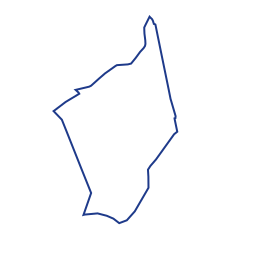 outline of Bwari, Federal Capital Territory, Nigeria, rotated 137°
{"feature_id": "59680162B85175001165051", "entity_name": "Bwari", "entity_type": "district", "adm_level": 2, "iso_a3": "NGA", "parent_name": "Nigeria", "parent_adm1": "Federal Capital Territory", "projection": "natural_earth1", "projection_center": [7.401, 9.25], "detail": "fine", "context": "isolated", "style": "outline", "palette": "blue", "viewbox_px": 256, "rotation_deg": 137, "n_neighbors": 0, "source": "geoboundaries", "source_scale": "gbopen_adm2", "svg_char_len": 983}
<svg xmlns="http://www.w3.org/2000/svg" viewBox="0 0 256 256"><g transform="rotate(137 128 128)"><path d="M170.9,191.1L170.7,179.2L176.0,165.5L189.4,131.2L199.3,105.6L219.8,94.8L218.7,94.2L208.5,86.3L203.4,78.3L200.5,71.7L199.3,64.4L191.8,61.3L179.9,62.4L153.8,70.3L146.2,78.6L145.8,79.1L141.8,83.9L137.4,85.0L129.0,85.9L114.5,88.8L98.5,92.0L94.5,91.7L88.0,102.4L87.4,103.3L86.6,102.9L85.1,104.2L77.5,119.3L77.2,120.0L71.7,128.9L53.5,158.7L47.8,168.0L42.1,177.3L37.8,184.3L37.4,185.0L37.6,185.7L38.1,186.5L37.9,186.8L37.3,188.2L36.9,188.8L36.6,189.7L36.2,191.0L36.2,191.9L36.2,192.3L36.3,193.1L36.3,193.7L36.3,194.7L45.1,191.4L47.6,190.4L49.2,188.6L51.6,185.8L55.6,180.3L57.9,177.6L59.6,176.4L62.0,175.8L67.2,175.4L74.6,174.0L77.5,173.6L81.8,173.0L84.7,174.6L88.9,178.0L93.2,181.5L94.8,181.9L107.6,183.6L115.6,183.9L126.2,184.1L128.2,184.7L131.2,186.4L140.3,191.6L140.2,190.4L140.0,187.7L140.3,186.3L156.0,189.6L170.9,191.1Z" fill="none" stroke="#1e3a8a" stroke-width="2"/></g></svg>